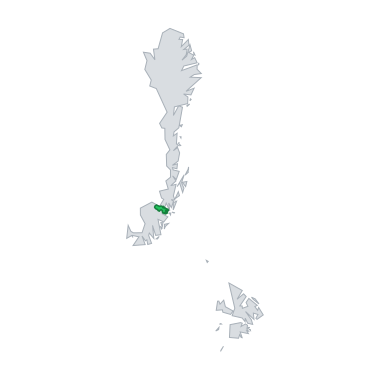 Nordreisa nor, Troms, Norway shown in context, rotated 147°
{"feature_id": "86288312B71509568732439", "entity_name": "Nordreisa nor", "entity_type": "district", "adm_level": 2, "iso_a3": "NOR", "parent_name": "Norway", "parent_adm1": "Troms", "projection": "orthographic", "projection_center": [21.218, 69.528], "detail": "fine", "context": "in_parent", "style": "filled", "palette": "green", "viewbox_px": 384, "rotation_deg": 147, "n_neighbors": 0, "source": "geoboundaries", "source_scale": "gbopen_adm2", "svg_char_len": 6002}
<svg xmlns="http://www.w3.org/2000/svg" viewBox="0 0 384 384"><g transform="rotate(147 192 192)"><path d="M227.0,197.7L219.7,201.2L220.8,203.6L218.8,210.4L210.3,207.4L207.9,215.5L202.0,216.1L198.0,222.3L199.1,227.6L193.1,237.5L187.6,239.4L186.0,250.8L180.1,260.2L182.4,262.1L181.8,267.2L169.4,272.5L165.6,298.2L169.7,303.9L165.2,308.1L164.8,320.5L158.2,326.7L156.6,335.7L151.5,331.2L151.1,323.1L146.5,332.8L142.4,330.6L130.0,341.5L121.4,341.2L113.0,329.3L114.6,325.7L117.5,328.4L119.8,327.1L116.8,325.0L121.8,319.7L112.0,321.9L114.6,316.7L121.3,316.0L118.2,314.5L122.1,310.3L128.6,308.0L122.5,308.8L113.5,316.5L115.4,310.6L118.7,311.0L116.1,305.7L120.3,303.4L116.6,303.2L117.3,297.6L130.2,302.1L134.7,299.5L118.4,295.8L120.9,292.2L119.7,286.3L126.2,289.3L131.0,289.3L122.0,282.9L142.2,279.7L133.7,277.9L140.0,274.0L145.7,278.8L143.7,273.9L147.5,268.5L160.4,273.0L165.9,266.3L156.3,271.5L153.8,268.3L168.1,253.0L174.3,252.2L177.1,249.2L172.5,249.4L178.9,240.8L177.8,238.6L185.1,236.8L179.9,237.1L181.1,231.5L186.8,225.5L193.9,225.1L188.8,223.6L192.0,219.7L195.1,223.1L195.8,220.8L191.5,216.3L198.3,211.1L199.5,216.1L199.4,210.0L206.4,208.9L201.2,207.1L209.7,198.9L210.7,194.6L213.6,196.9L212.5,194.4L217.8,190.2L217.5,195.5L220.9,188.3L219.7,196.7L222.9,194.3L222.3,188.8L228.8,189.9L225.8,184.3L232.0,182.3L235.4,187.6L241.3,173.1L246.1,175.4L243.3,185.5L249.3,173.8L250.2,180.8L252.0,179.2L253.9,170.9L257.7,172.1L255.9,176.5L257.6,176.4L257.9,182.3L259.9,173.4L270.6,179.2L260.9,183.3L265.9,188.3L272.0,188.7L263.7,198.8L264.7,192.3L263.4,189.7L256.1,185.0L248.6,191.0L247.8,200.8L244.1,206.6L231.2,205.4L227.0,197.7ZM213.2,47.9L216.8,51.6L216.1,57.2L218.1,54.3L218.6,59.1L225.7,66.4L219.4,71.2L210.6,95.6L203.5,82.0L212.6,77.5L204.2,78.5L203.5,74.8L213.9,70.4L212.0,69.1L213.1,67.0L207.4,65.7L206.8,69.9L202.3,71.8L199.0,61.4L201.7,61.7L201.4,57.0L199.0,58.9L199.2,50.1L206.8,49.8L207.2,51.3L203.4,53.4L206.5,57.0L209.4,51.4L212.2,62.6L211.8,52.5L213.2,47.9ZM221.8,42.5L227.8,48.4L229.3,42.5L230.0,43.2L229.7,46.4L232.6,44.0L239.8,49.6L232.3,60.0L222.4,56.0L221.3,54.6L224.1,52.5L219.0,52.2L218.0,49.9L219.5,48.5L217.3,46.9L220.7,47.4L220.4,44.4L221.7,45.9L221.8,42.5ZM226.3,68.3L231.6,74.4L230.7,76.6L236.1,79.6L230.0,86.5L228.9,85.9L229.6,82.7L224.3,84.0L226.5,77.6L222.4,69.9L226.3,68.3ZM197.4,206.4L201.6,204.6L189.2,210.7L195.7,205.5L196.7,199.6L200.1,196.7L197.4,206.4ZM204.5,195.8L209.8,195.6L203.3,199.7L204.5,195.8ZM209.9,192.7L217.5,187.2L213.4,193.2L209.9,192.7ZM196.8,61.6L199.1,68.5L199.4,71.4L197.2,67.9L196.8,61.6ZM194.4,200.0L194.8,205.4L190.6,203.6L194.4,200.0ZM235.4,176.0L232.7,179.9L228.8,178.4L233.2,177.6L235.4,176.0ZM236.0,178.8L234.8,183.3L233.1,182.1L236.0,178.8ZM184.3,210.6L188.6,209.9L183.6,212.8L184.3,210.6ZM254.2,43.4L249.6,45.5L254.3,43.1L254.2,43.4ZM244.6,62.1L247.8,62.5L243.1,63.8L244.6,62.1ZM243.7,172.6L246.5,171.4L247.5,172.2L243.7,172.6ZM237.8,177.6L237.3,180.0L236.5,178.0L237.8,177.6ZM222.5,184.4L222.5,186.8L221.3,185.9L222.5,184.4ZM217.6,124.6L217.2,126.9L216.2,125.0L217.6,124.6ZM241.0,66.2L239.5,66.0L239.2,65.2L241.0,66.2ZM165.4,252.5L166.0,254.6L163.5,253.7L165.4,252.5ZM217.6,183.8L219.0,184.7L219.8,186.1L217.6,183.8ZM218.4,44.0L218.8,45.6L218.0,44.9L218.4,44.0ZM149.1,267.4L146.0,267.0L149.4,266.5L149.1,267.4ZM144.1,269.6L142.6,271.0L142.3,270.1L144.1,269.6ZM182.9,213.2L181.2,214.9L183.2,212.0L182.9,213.2ZM115.4,306.3L114.4,308.8L114.9,305.4L115.4,306.3ZM176.5,238.8L176.1,237.2L177.0,237.4L176.5,238.8ZM266.3,186.0L266.2,188.0L266.1,187.6L266.3,186.0ZM177.1,240.4L175.5,240.5L177.5,240.1L177.1,240.4ZM171.9,243.3L171.8,244.8L171.1,244.2L171.9,243.3ZM117.2,295.3L116.1,296.7L116.6,295.4L117.2,295.3Z" fill="#d9dde1" stroke="#a8b0b8" stroke-width="1"/><path d="M230.4,194.8L230.1,194.5L230.0,193.8L229.6,193.7L229.3,193.8L228.6,194.1L228.0,193.9L227.7,194.0L227.2,193.5L227.2,192.8L227.0,192.4L227.4,192.1L227.4,191.8L227.4,191.7L227.7,191.4L227.7,191.2L227.6,190.6L227.8,190.6L227.8,190.4L227.8,190.2L227.7,190.1L227.4,190.1L227.2,189.9L226.8,189.8L226.8,189.7L227.0,189.6L226.9,189.4L227.0,189.3L227.0,189.2L226.9,189.1L226.6,188.8L226.6,188.7L226.4,188.5L226.3,188.4L226.3,188.2L226.2,188.1L225.4,187.9L225.1,187.9L225.2,188.0L225.1,188.3L225.0,188.5L225.3,188.7L225.7,188.8L225.6,189.0L225.2,189.0L225.2,188.9L225.1,189.0L225.2,188.9L225.1,189.0L225.1,189.3L225.2,189.5L225.2,189.8L225.0,190.0L224.9,190.1L224.8,190.3L224.8,190.2L224.8,189.9L225.0,189.6L225.1,189.4L224.9,189.2L224.8,189.3L224.7,189.3L224.6,189.2L224.5,189.3L224.4,189.4L224.3,189.5L224.4,189.8L224.2,190.0L224.4,190.5L224.3,190.4L224.2,190.4L224.2,190.5L223.9,190.5L223.9,190.4L223.9,190.5L223.8,190.4L223.8,190.2L223.7,190.1L223.7,189.9L223.8,189.8L223.9,189.7L223.7,189.6L223.4,189.6L223.6,189.5L223.7,189.4L223.8,189.2L223.9,188.9L224.0,188.9L224.0,188.7L224.3,188.5L224.3,188.4L224.4,188.5L224.4,188.4L224.5,188.4L224.5,188.2L224.4,188.1L224.2,188.2L224.2,188.3L224.1,188.5L223.9,188.5L223.5,188.7L223.4,188.8L223.4,189.0L223.2,189.1L222.9,189.4L222.9,189.5L223.0,189.6L223.1,189.8L223.1,190.0L222.8,190.3L222.7,190.5L222.7,190.4L222.7,190.5L222.4,190.5L222.2,190.7L222.0,190.8L221.9,190.8L221.7,190.8L221.8,191.0L222.3,191.2L222.3,191.3L222.3,191.5L222.4,191.8L222.5,192.0L222.8,192.1L223.0,192.6L223.3,192.7L223.3,192.9L223.5,193.0L223.4,193.3L223.4,193.6L223.6,193.7L223.7,193.8L223.9,193.9L224.0,194.2L223.9,194.3L223.8,194.5L224.4,194.5L224.8,194.4L225.0,194.9L224.2,195.6L224.7,195.8L224.9,196.3L225.5,197.0L227.2,197.7L227.7,198.5L228.3,199.5L229.0,200.5L230.2,200.4L230.7,200.4L230.8,200.2L231.1,200.0L231.4,199.9L231.6,199.7L231.7,199.2L231.7,198.6L231.6,198.3L231.6,198.2L231.6,197.8L231.5,197.7L231.4,197.7L231.3,197.4L231.2,197.2L231.0,196.9L230.8,196.4L230.6,196.3L230.6,195.9L230.4,195.5L230.5,195.2L230.3,194.9L230.4,194.8ZM222.8,190.1L222.6,190.0L222.4,190.1L222.3,189.9L222.3,189.7L222.2,189.6L221.9,189.5L221.8,189.8L221.9,190.0L221.9,190.3L222.0,190.5L222.4,190.3L222.7,190.2L222.8,190.1Z" fill="#22c55e" stroke="#15803d" stroke-width="1.5"/></g></svg>